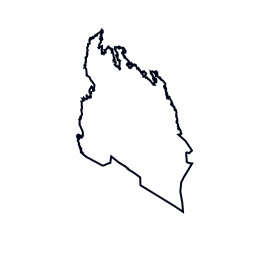 the district of Bamble nor, Telemark, Norway, rotated 244°
{"feature_id": "86288312B26401918029146", "entity_name": "Bamble nor", "entity_type": "district", "adm_level": 2, "iso_a3": "NOR", "parent_name": "Norway", "parent_adm1": "Telemark", "projection": "equal_earth", "projection_center": [9.617, 59.025], "detail": "fine", "context": "isolated", "style": "outline", "palette": "ink", "viewbox_px": 256, "rotation_deg": 244, "n_neighbors": 0, "source": "geoboundaries", "source_scale": "gbopen_adm2", "svg_char_len": 6086}
<svg xmlns="http://www.w3.org/2000/svg" viewBox="0 0 256 256"><g transform="rotate(244 128 128)"><path d="M99.6,173.6L100.9,173.3L102.1,174.1L104.7,173.9L104.7,172.8L105.2,172.8L105.2,173.5L105.8,173.9L107.3,173.9L107.3,173.5L107.8,173.5L108.0,174.0L109.3,174.6L111.9,174.1L112.1,175.1L113.2,175.1L113.2,175.7L114.3,176.2L117.4,176.4L117.6,177.1L118.9,177.1L120.4,178.3L123.2,178.9L124.3,178.7L124.1,178.0L126.9,178.9L127.2,178.5L126.5,178.3L128.7,178.1L128.6,177.7L130.3,177.0L131.1,177.7L130.5,178.6L134.7,178.8L133.4,178.7L136.4,178.5L136.6,177.9L137.8,178.9L138.2,178.6L137.9,177.6L137.0,176.8L137.5,176.5L139.0,177.3L139.5,176.9L139.3,176.7L140.2,176.9L140.0,177.5L140.5,178.0L141.4,177.9L140.8,177.5L141.5,177.1L143.2,177.8L143.1,178.3L144.6,177.8L144.1,178.1L145.8,178.3L146.5,179.2L146.2,179.3L146.9,179.7L147.6,179.5L147.1,179.3L148.1,179.1L148.1,178.4L149.2,178.5L149.7,178.7L149.3,179.7L151.6,181.0L155.3,180.1L156.8,179.1L158.6,178.9L158.2,178.5L160.1,178.1L160.1,177.7L162.6,176.6L162.6,176.2L163.0,176.3L162.8,176.1L163.4,176.3L162.8,176.7L163.2,177.3L162.8,177.6L163.4,177.8L164.0,177.3L163.9,177.7L164.5,177.8L164.4,177.3L165.0,177.2L164.7,177.6L165.3,178.0L165.2,178.5L165.6,178.5L166.7,178.1L166.7,177.4L165.2,177.7L165.8,177.0L166.5,177.3L165.6,176.4L166.7,176.2L166.9,175.6L168.2,174.9L168.6,173.4L167.5,173.6L168.2,173.2L166.3,173.1L166.6,172.6L164.8,172.8L164.6,173.2L161.9,173.3L162.0,172.8L161.7,172.4L162.6,172.3L161.3,172.2L161.9,172.9L161.4,173.0L161.4,173.8L161.0,173.5L160.9,172.5L158.8,172.8L159.2,174.2L160.5,174.8L159.6,174.8L157.0,173.8L156.8,173.3L157.7,173.2L158.1,172.3L156.7,170.6L155.0,170.9L155.2,170.3L154.8,170.2L155.6,170.3L155.9,170.6L156.3,170.1L155.2,169.8L159.8,169.0L163.1,167.9L163.1,167.5L164.9,167.3L165.1,166.2L166.0,166.3L165.8,166.1L166.8,165.8L167.3,164.3L168.4,164.6L167.6,166.1L167.9,167.2L168.8,167.3L169.1,168.2L172.1,167.2L172.3,165.7L171.4,165.6L171.3,164.7L170.8,165.1L170.4,164.9L171.5,164.6L171.3,164.1L175.2,163.8L175.2,163.4L176.0,163.5L175.9,163.8L177.4,163.6L177.2,162.2L180.7,162.6L180.7,162.2L181.6,162.1L181.8,161.6L182.4,161.6L182.5,161.0L181.4,161.0L181.8,160.1L185.1,159.4L185.0,158.7L184.2,158.5L181.4,158.3L181.0,157.4L181.6,157.5L181.8,156.7L181.2,155.9L181.7,155.5L184.5,155.3L185.3,154.7L185.5,155.0L184.6,155.5L184.5,156.0L184.9,156.0L184.9,157.2L185.4,157.2L184.9,157.9L186.4,158.0L186.7,157.1L187.1,158.1L187.5,158.1L191.5,156.6L193.2,156.6L193.0,155.8L194.8,156.2L195.0,155.7L197.4,156.0L197.4,155.6L198.3,155.6L198.6,156.4L198.0,156.8L198.6,157.1L198.0,157.2L198.0,157.7L197.2,157.9L196.9,158.7L198.8,159.1L198.7,159.6L201.3,159.2L201.1,159.0L201.5,159.0L201.5,158.3L202.4,158.3L202.9,157.6L202.8,157.0L205.2,155.7L205.1,155.1L202.4,155.1L204.6,154.3L205.7,153.3L205.1,152.2L205.5,152.2L205.2,151.8L205.6,151.6L204.7,151.4L204.9,150.9L202.1,150.7L201.8,151.1L200.1,151.3L199.0,150.7L199.0,151.0L197.9,151.1L198.4,151.0L197.5,150.4L198.8,150.0L198.6,149.2L194.4,149.1L193.6,148.6L193.3,149.6L191.8,150.3L191.4,149.3L189.4,148.7L187.0,147.1L184.6,147.0L184.4,146.3L188.4,145.5L188.2,144.8L189.7,144.0L190.2,144.3L190.2,144.0L191.0,143.9L191.1,144.7L192.3,145.8L194.7,145.4L194.3,144.4L193.2,143.8L195.8,144.9L196.2,146.0L195.8,145.8L195.8,146.2L197.6,146.2L201.9,147.5L202.8,146.5L203.4,147.2L204.3,147.2L204.3,147.8L205.0,147.6L204.7,148.2L205.2,148.4L206.5,148.2L206.8,147.5L206.5,147.0L208.0,146.8L208.1,146.2L209.4,146.2L209.2,145.6L209.6,145.6L208.0,142.5L208.0,141.5L208.3,141.6L208.4,141.2L207.3,141.5L206.6,141.4L206.6,140.9L205.7,140.9L206.1,139.8L205.4,139.5L205.3,139.1L206.2,139.5L205.5,139.0L206.8,138.4L206.1,137.5L206.2,137.0L208.2,137.9L208.2,138.5L210.1,138.5L210.4,139.3L213.0,140.6L213.1,138.8L212.4,136.9L213.2,136.6L214.1,138.1L215.4,138.5L217.0,141.2L218.4,142.0L218.8,143.7L219.5,143.7L219.3,143.1L220.4,142.9L220.1,141.9L220.6,141.8L220.5,144.2L221.2,144.2L221.4,143.4L222.3,143.3L222.9,144.8L223.8,144.6L223.8,145.2L224.5,145.2L224.9,147.2L226.8,147.9L227.1,147.0L227.5,147.1L226.3,145.2L226.4,143.4L226.8,143.3L226.3,143.2L225.8,141.0L226.2,140.6L225.8,140.8L225.7,139.2L225.0,139.2L225.1,140.5L224.8,140.5L224.8,139.0L225.3,138.4L224.7,137.3L225.0,136.8L224.3,136.5L224.8,136.5L224.8,136.4L224.0,136.5L223.8,136.4L223.8,135.9L224.9,135.8L224.0,133.6L225.4,133.9L225.4,133.4L224.0,131.8L220.7,130.6L220.5,130.2L221.0,128.9L219.1,128.0L218.0,126.3L215.2,125.8L215.1,125.3L213.7,124.3L212.9,124.3L212.4,123.4L211.5,123.5L210.6,122.7L210.1,121.7L209.5,121.7L210.2,121.4L209.9,120.8L209.4,121.1L209.2,120.5L208.0,120.3L207.4,119.6L205.7,119.2L205.2,118.1L203.5,117.5L203.8,117.3L203.5,116.3L202.6,116.6L202.2,116.2L202.3,116.6L201.0,115.7L199.4,116.3L193.5,114.2L194.3,114.1L193.5,113.8L190.6,115.7L186.6,115.6L186.3,116.0L181.8,116.7L180.8,116.5L178.0,114.3L176.7,114.2L176.4,112.5L176.9,113.2L179.5,113.9L181.3,113.5L181.0,112.6L180.1,112.2L179.6,110.6L177.7,109.2L176.1,109.1L176.2,110.4L175.8,109.9L175.0,109.9L174.7,109.0L171.9,108.2L171.9,107.5L172.6,107.7L173.3,106.9L173.0,105.8L175.4,105.1L175.0,104.7L172.8,105.3L173.1,104.7L172.1,104.2L172.2,103.1L172.8,103.1L173.3,101.9L174.5,101.5L173.6,100.9L174.2,100.0L172.1,100.5L172.3,97.7L170.1,97.2L168.6,96.2L167.3,96.1L166.2,95.1L165.5,95.1L164.9,94.0L160.7,92.8L158.1,90.3L159.0,90.3L158.8,89.8L157.3,89.9L156.6,88.6L157.3,88.6L157.1,88.0L156.2,88.2L154.9,87.1L153.6,86.9L152.7,86.0L144.4,85.7L140.8,84.1L139.8,82.4L141.6,82.3L141.6,81.0L142.9,81.3L143.4,80.8L142.1,80.3L140.3,80.5L140.1,80.0L143.6,79.4L143.2,78.6L141.7,78.3L139.2,78.6L139.0,77.4L135.1,77.2L134.9,76.6L132.0,76.7L132.3,76.3L129.2,75.9L129.4,76.7L128.7,76.5L128.3,75.9L126.8,75.7L127.7,75.4L126.9,75.0L124.8,75.9L125.7,76.0L125.7,76.4L123.4,76.4L120.0,78.1L105.4,88.6L104.9,90.1L104.9,94.1L104.4,96.8L109.8,100.4L101.1,104.6L93.7,109.3L91.7,109.7L91.5,110.3L90.5,110.2L85.4,113.5L78.3,117.3L71.1,114.1L37.0,135.8L28.5,140.7L37.2,144.1L47.8,147.1L55.7,151.9L59.4,156.7L68.0,170.1L69.3,167.9L71.6,165.9L80.0,169.3L80.3,169.6L79.9,170.8L78.5,171.8L79.7,175.6L91.1,174.0L99.9,170.4L99.2,172.7L99.6,173.6Z" fill="none" stroke="#020617" stroke-width="2"/></g></svg>